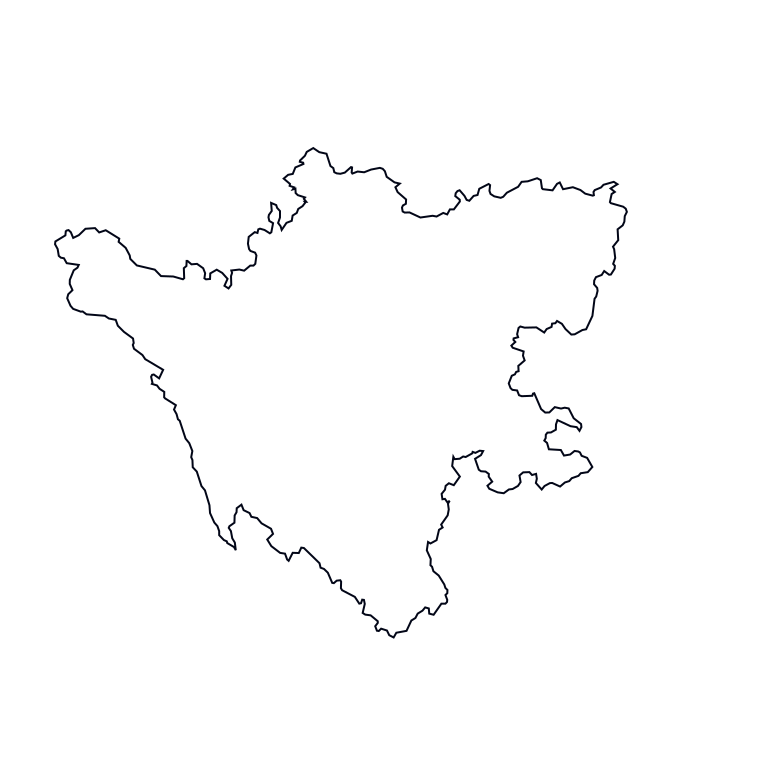 the border of Sichuan, rotated 344°
{"feature_id": "CHN-1809", "entity_name": "Sichuan", "entity_type": "Province", "adm_level": 1, "iso_a3": "CHN", "parent_name": "China", "parent_adm1": "", "projection": "orthographic", "projection_center": [103.034, 30.167], "detail": "fine", "context": "isolated", "style": "outline", "palette": "ink", "viewbox_px": 768, "rotation_deg": 344, "n_neighbors": 0, "source": "natural_earth", "source_scale": "10m", "svg_char_len": 6154}
<svg xmlns="http://www.w3.org/2000/svg" viewBox="0 0 768 768"><g transform="rotate(344 384 384)"><path d="M663.5,256.3L655.7,258.5L658.8,263.0L655.2,264.1L651.3,271.4L651.9,272.7L662.8,279.5L664.7,282.1L664.9,285.5L661.7,289.0L659.8,294.2L657.2,297.3L651.2,299.7L648.8,310.3L642.0,315.1L642.4,317.8L641.0,326.6L637.4,331.7L638.5,334.0L637.5,336.7L632.3,341.3L630.5,341.0L626.8,336.1L623.3,339.2L617.2,339.7L614.6,342.5L613.4,346.0L615.4,350.4L615.0,353.3L612.1,358.4L609.9,360.1L603.1,376.0L593.4,387.1L589.6,386.8L581.0,388.8L577.7,388.1L573.6,381.2L571.6,375.2L567.7,371.1L565.5,372.8L562.2,372.3L560.8,375.3L555.5,376.0L552.2,378.7L546.1,371.6L534.7,368.6L530.9,366.3L528.8,367.2L525.7,372.8L525.8,376.0L521.2,375.9L520.6,377.3L521.8,379.8L517.0,382.2L517.7,384.6L527.2,391.2L525.4,395.1L525.7,400.1L518.1,403.6L516.9,408.8L514.4,408.8L512.5,410.8L509.1,411.3L504.1,417.8L504.5,422.8L505.8,425.0L510.2,426.9L510.7,432.0L513.1,433.7L523.3,436.2L524.6,434.3L525.9,434.3L528.1,451.4L531.1,455.9L535.1,456.9L541.8,453.3L547.4,456.4L551.2,456.6L554.8,458.4L556.9,469.2L562.4,476.8L561.9,479.8L559.0,482.9L557.4,478.6L551.7,476.0L540.8,466.5L538.2,470.2L536.6,475.3L531.1,476.6L527.7,475.8L525.6,477.3L524.5,480.6L522.5,482.6L524.5,485.6L524.5,492.2L535.8,496.2L537.3,502.4L543.5,503.1L548.7,500.9L552.1,502.4L553.5,503.8L554.2,507.5L558.9,511.0L561.4,521.2L555.6,524.9L548.5,524.0L545.6,525.9L538.5,526.3L535.3,528.4L530.8,528.5L525.0,531.1L518.4,525.5L516.1,525.0L510.2,526.3L506.5,528.9L502.7,521.0L504.8,517.2L505.4,512.3L501.2,512.3L499.5,508.8L493.4,507.3L489.0,509.3L488.3,515.9L484.7,518.9L478.7,520.4L475.0,519.8L469.0,522.0L463.4,519.5L456.3,513.7L455.4,510.3L461.1,507.7L459.1,501.9L460.0,499.4L457.5,496.2L453.2,494.6L451.5,492.5L450.9,481.0L457.6,479.1L460.8,475.8L457.6,474.5L452.9,475.4L450.5,473.7L449.7,475.0L442.4,476.7L440.1,475.5L436.2,476.7L431.2,475.7L430.6,473.1L426.9,481.7L431.4,493.9L423.2,500.5L419.0,497.3L415.2,498.9L413.5,502.4L409.1,505.5L408.4,510.9L410.9,511.2L412.3,515.2L414.9,514.4L412.5,516.7L411.7,522.4L409.0,527.8L400.2,534.9L400.8,538.1L396.7,539.3L391.5,548.6L384.7,550.1L382.8,548.0L379.3,555.7L380.7,565.1L378.7,571.0L379.8,572.9L379.9,577.6L383.8,583.2L386.7,593.3L386.8,596.9L388.2,599.5L387.2,602.5L384.9,603.8L385.3,608.9L384.5,610.9L382.5,612.1L378.6,611.0L368.1,619.5L364.2,617.2L365.2,612.1L362.0,610.1L358.5,612.5L353.1,614.0L349.7,617.6L345.1,618.9L337.6,627.5L327.3,626.5L323.4,630.3L319.8,626.9L318.9,621.8L313.8,618.4L310.9,620.0L309.2,619.2L308.8,614.4L312.2,611.9L312.6,610.3L307.4,602.7L302.4,600.5L300.4,598.2L304.9,590.1L305.2,586.0L303.6,585.3L301.5,588.4L299.7,588.3L297.3,580.6L286.9,570.7L286.3,568.4L288.3,562.2L287.9,560.6L284.3,560.0L280.9,561.6L279.4,560.9L278.0,549.9L275.3,545.2L272.4,543.1L272.6,538.5L261.8,519.6L259.4,518.5L255.5,523.0L249.7,521.1L243.6,527.7L242.5,526.0L242.1,519.8L237.6,517.7L231.0,508.8L228.9,501.3L236.0,497.5L235.5,492.0L227.9,484.2L225.1,477.9L219.9,475.1L219.2,471.0L214.3,466.6L213.7,460.7L208.2,462.8L206.9,466.6L204.2,469.2L202.0,476.1L196.2,478.1L195.1,479.5L196.3,483.2L195.6,490.5L196.9,495.3L195.7,502.9L194.9,499.4L189.5,493.7L189.5,491.9L187.1,489.9L183.9,483.9L185.0,480.0L184.7,474.7L182.7,470.4L181.2,460.1L182.8,452.4L182.6,436.9L180.4,431.8L179.9,416.6L177.2,411.3L178.9,404.3L178.5,401.2L181.3,395.6L180.5,387.2L178.2,381.8L177.5,363.0L176.2,361.1L176.3,355.8L175.1,350.7L178.1,347.0L169.6,337.5L169.0,336.2L170.6,331.0L166.9,326.7L165.4,322.8L160.9,319.9L161.8,318.9L162.1,312.9L163.6,311.3L165.3,311.4L169.4,316.6L175.6,309.5L161.3,294.3L159.8,289.6L153.4,281.2L153.3,277.2L154.7,275.6L155.3,271.1L148.4,262.2L144.2,254.6L143.8,248.4L137.6,245.2L134.5,241.5L117.2,235.0L114.3,231.2L112.5,230.9L105.9,226.1L104.2,222.4L103.1,214.2L105.2,210.7L110.4,207.9L109.5,201.2L110.7,197.3L117.1,189.2L121.4,187.7L123.4,185.4L112.3,180.4L111.0,174.9L108.2,173.5L106.7,171.2L107.5,164.3L106.3,159.0L107.4,156.4L118.7,153.3L120.2,149.5L121.3,149.0L123.2,149.1L124.8,151.8L125.5,157.9L131.7,156.8L139.8,152.5L149.2,154.5L152.0,159.8L158.9,159.5L169.6,171.3L168.1,174.2L173.2,181.9L175.0,190.3L174.6,193.8L179.1,201.9L195.2,210.9L199.4,218.8L211.1,222.6L219.6,227.9L221.1,227.2L223.5,217.5L226.6,216.1L228.2,211.3L229.0,211.5L231.9,215.9L237.4,217.0L242.1,222.9L242.6,228.2L240.5,232.9L241.7,234.3L245.7,235.1L247.5,229.8L254.7,228.0L259.1,232.6L262.6,239.8L257.7,245.6L260.9,249.3L264.5,246.6L266.7,238.1L268.6,235.3L268.5,232.8L276.5,234.1L280.8,236.5L288.1,233.3L291.2,234.2L293.4,233.0L296.8,225.3L296.3,222.2L292.3,219.3L291.5,217.1L291.9,211.6L294.5,205.3L301.6,202.4L304.0,203.9L305.8,200.7L307.6,200.5L311.6,203.0L315.8,207.7L317.5,207.1L321.7,198.8L318.7,195.6L318.9,191.9L320.0,189.7L323.8,186.7L325.4,178.8L329.7,182.3L329.8,185.2L331.7,189.1L329.9,195.3L326.6,200.0L328.1,203.9L328.1,207.7L334.7,202.2L340.3,201.7L342.6,196.9L347.3,195.5L349.8,192.1L354.7,190.6L358.5,187.8L358.1,187.0L359.5,187.4L358.0,183.9L359.5,182.9L353.2,178.7L351.7,176.1L352.7,171.8L350.0,171.8L351.8,170.2L347.9,167.5L348.8,165.8L344.2,158.9L349.5,156.5L354.2,156.9L358.5,151.4L367.2,150.3L367.3,149.0L364.3,147.2L364.9,146.0L370.9,142.8L373.7,139.6L381.0,137.7L385.7,143.3L392.2,146.8L392.6,159.7L394.8,162.5L394.6,166.7L396.6,168.5L400.0,169.9L404.6,170.0L412.1,166.4L413.0,167.0L411.2,171.8L411.6,173.0L417.2,172.5L423.3,175.0L430.7,174.3L439.6,175.1L442.1,176.8L443.5,179.7L443.7,185.6L449.7,193.1L454.4,195.7L449.2,198.0L450.0,203.3L456.1,212.7L454.7,216.8L451.4,217.6L449.9,219.4L449.5,223.3L451.1,224.9L455.8,226.1L464.9,234.0L477.1,235.7L480.7,237.5L488.1,235.9L491.5,238.4L495.5,234.3L499.3,235.4L507.2,229.5L507.6,227.7L504.3,223.0L505.5,220.4L507.8,218.8L510.1,218.6L513.2,225.3L514.2,229.8L516.5,231.4L522.0,227.9L526.0,228.1L529.4,222.6L539.7,220.6L540.8,222.1L538.6,227.4L538.8,230.7L541.7,234.0L547.5,237.2L550.2,236.9L554.8,234.0L567.3,231.4L572.0,227.6L578.1,228.8L587.9,228.4L590.9,231.2L589.8,239.4L590.4,240.5L599.4,244.3L605.5,239.3L608.5,238.7L609.8,246.1L619.8,246.9L626.3,251.7L629.9,256.5L636.6,260.5L637.8,260.4L638.3,257.2L640.0,255.7L646.8,254.9L649.9,253.0L660.6,253.0L663.5,256.3Z" fill="none" stroke="#020617" stroke-width="2"/></g></svg>